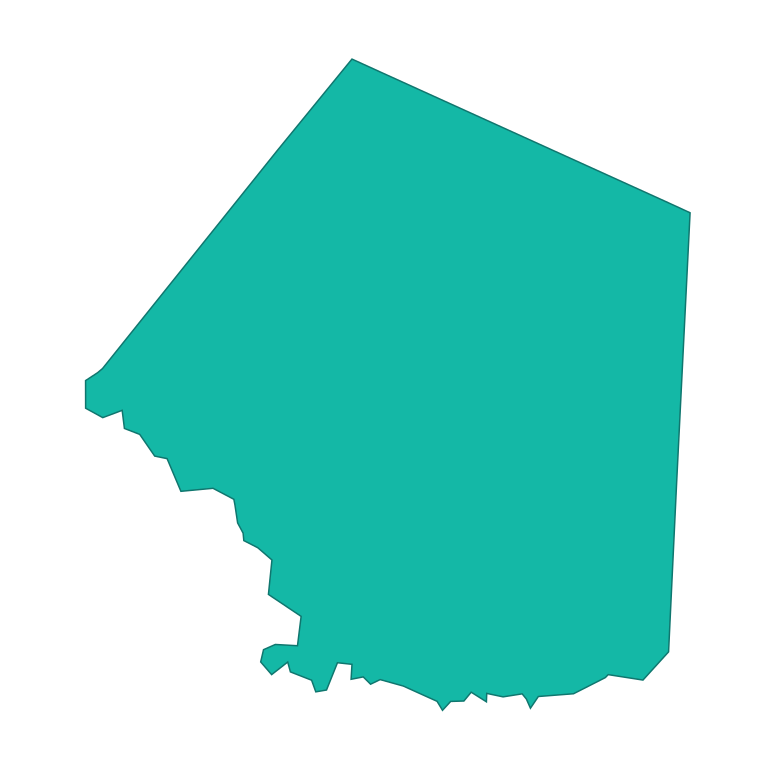 Bexar, Texas, United States of America, rotated 183°
{"feature_id": "52423323B3019751705730", "entity_name": "Bexar", "entity_type": "district", "adm_level": 2, "iso_a3": "USA", "parent_name": "United States of America", "parent_adm1": "Texas", "projection": "mercator", "projection_center": [-98.439, 29.438], "detail": "fine", "context": "isolated", "style": "filled", "palette": "teal", "viewbox_px": 768, "rotation_deg": 183, "n_neighbors": 0, "source": "geoboundaries", "source_scale": "gbopen_adm2", "svg_char_len": 901}
<svg xmlns="http://www.w3.org/2000/svg" viewBox="0 0 768 768"><g transform="rotate(183 384 384)"><path d="M109.9,101.9L85.8,131.4L86.6,299.4L87.3,571.0L109.1,579.7L366.1,680.5L403.3,695.1L433.0,706.8L502.7,611.7L665.9,384.7L670.6,380.3L682.2,371.8L680.7,344.2L663.1,335.7L644.1,344.0L640.9,326.0L625.3,320.9L609.2,300.0L596.7,298.1L581.2,266.2L549.3,270.9L527.9,261.0L526.5,255.3L522.9,237.6L516.9,227.7L515.8,220.3L501.5,213.9L486.7,202.4L488.4,167.8L454.6,147.6L456.7,118.1L478.9,118.2L490.4,112.4L492.6,100.0L481.0,87.9L465.6,101.3L462.4,91.6L440.8,84.4L436.0,73.0L425.4,75.4L415.9,103.2L401.3,102.4L401.4,87.4L389.4,90.4L381.7,83.5L372.4,88.6L349.0,83.4L314.4,69.9L308.5,61.2L300.8,70.5L287.6,71.6L280.8,80.8L265.1,72.0L265.2,80.4L248.7,77.8L229.8,81.8L225.3,76.8L220.8,67.9L213.5,80.0L178.5,84.6L147.6,102.4L144.9,105.5L109.9,101.9Z" fill="#14b8a6" stroke="#0f766e" stroke-width="1.5"/></g></svg>